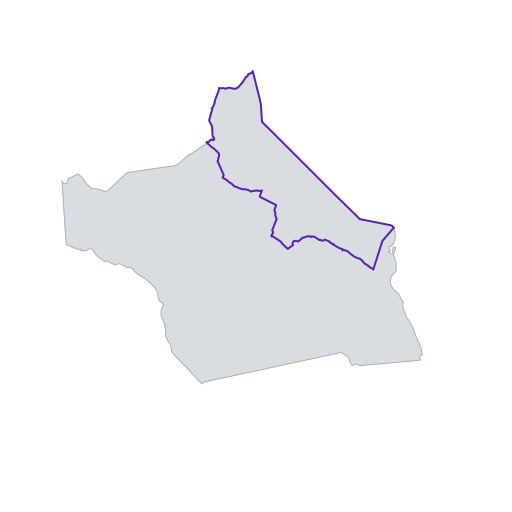 North-Eastern on a map of Kenya (Natural Earth projection), rotated 315°
{"feature_id": "KEN-893", "entity_name": "North-Eastern", "entity_type": "Province", "adm_level": 1, "iso_a3": "KEN", "parent_name": "Kenya", "parent_adm1": "", "projection": "natural_earth1", "projection_center": [39.831, 1.103], "detail": "fine", "context": "in_parent", "style": "outline", "palette": "violet", "viewbox_px": 512, "rotation_deg": 315, "n_neighbors": 0, "source": "natural_earth", "source_scale": "10m", "svg_char_len": 7768}
<svg xmlns="http://www.w3.org/2000/svg" viewBox="0 0 512 512"><g transform="rotate(315 256 256)"><path d="M127.4,308.3L127.3,301.9L128.1,285.8L128.0,271.6L128.7,264.4L131.7,259.9L133.1,256.7L134.1,252.1L135.7,248.4L139.3,245.3L140.0,243.7L143.8,238.6L146.1,232.1L147.8,229.8L150.0,227.8L151.5,226.7L154.0,225.6L155.9,225.0L156.3,224.5L156.5,223.5L155.8,219.4L156.7,218.1L158.0,215.4L159.5,212.9L160.9,211.3L161.7,209.6L162.0,206.8L162.1,204.8L162.1,201.5L161.7,194.0L160.0,187.8L159.1,180.8L159.8,178.4L158.5,174.3L157.9,174.1L156.8,173.2L155.5,169.4L154.5,165.8L153.9,164.9L149.6,161.8L147.5,154.6L145.1,152.9L143.8,145.7L143.5,143.7L144.9,136.4L144.8,134.8L143.3,133.3L139.3,131.7L136.0,128.7L136.4,127.7L136.7,126.6L134.9,125.9L129.9,113.5L136.4,106.1L143.0,98.6L151.4,89.1L159.0,80.4L165.7,72.8L171.6,66.1L171.5,67.4L171.5,69.1L172.2,70.1L173.5,70.8L175.2,70.1L176.6,69.0L178.1,68.8L187.0,71.6L188.5,74.1L188.4,76.7L188.7,78.6L188.1,80.5L187.3,86.3L187.5,91.6L190.2,95.5L192.6,98.6L194.4,103.0L195.8,104.3L197.8,105.0L203.9,105.2L212.9,105.4L221.7,105.7L222.4,105.8L224.3,106.4L232.3,112.3L239.6,117.6L245.9,122.3L251.9,126.8L257.8,131.2L262.3,134.8L266.8,136.0L274.1,136.5L279.1,136.7L283.8,138.2L290.7,139.6L295.9,140.4L299.0,141.2L307.7,142.0L309.1,141.5L312.9,137.5L317.2,130.9L318.9,127.3L324.4,123.7L334.1,118.7L341.0,115.1L348.6,111.6L352.1,114.6L356.8,119.6L359.0,122.0L360.7,123.1L363.3,123.9L366.4,123.9L368.2,123.8L371.7,123.1L379.9,122.5L384.6,122.6L380.7,129.1L375.9,137.0L367.2,151.5L360.5,159.2L355.5,164.9L355.0,166.0L355.1,172.4L355.1,188.1L355.2,219.5L355.3,251.0L355.4,282.4L355.5,298.1L355.5,303.4L359.9,310.0L364.2,316.4L370.0,325.0L373.0,329.6L373.5,331.1L373.4,334.1L368.7,340.5L364.8,343.5L359.6,344.8L358.1,344.6L356.0,343.7L355.2,345.2L354.6,347.6L353.5,347.1L352.6,346.4L353.2,350.6L353.7,352.7L352.9,355.6L350.4,358.0L350.2,360.1L344.7,365.6L337.0,366.2L332.9,368.9L331.1,371.2L329.7,376.0L330.2,383.5L328.1,389.3L327.7,392.1L323.7,395.9L321.9,399.3L320.6,402.8L319.5,404.3L318.1,412.1L316.3,416.9L315.8,418.4L315.3,419.8L313.9,422.6L312.9,424.5L312.3,425.8L307.6,437.9L303.9,443.4L301.0,442.8L299.1,444.9L298.9,445.9L297.9,445.4L295.5,443.4L290.5,439.2L285.6,435.1L280.6,431.0L275.7,426.9L270.7,422.7L265.8,418.6L260.8,414.5L255.9,410.4L253.0,407.9L251.7,406.5L250.7,403.7L250.2,403.0L248.9,402.1L247.3,401.9L246.9,401.3L246.9,400.0L247.4,398.0L249.3,394.2L249.5,392.0L249.1,389.5L248.5,385.4L248.0,384.5L244.8,382.4L237.9,377.9L231.0,373.5L224.1,369.1L217.3,364.6L210.4,360.2L203.5,355.7L196.7,351.3L189.8,346.9L182.9,342.4L176.0,338.0L169.2,333.6L162.3,329.1L155.4,324.7L148.5,320.2L141.7,315.8L134.8,311.4L132.2,309.7L129.9,308.3L127.4,308.3ZM356.0,351.4L354.8,351.7L355.4,349.6L359.0,346.9L360.4,347.5L360.7,348.1L360.6,348.7L360.0,349.2L356.0,351.4Z" fill="#d9dde1" stroke="#a8b0b8" stroke-width="1"/><path d="M348.6,111.1L349.3,112.2L351.2,113.7L352.0,114.8L352.5,115.9L352.9,116.3L353.5,116.6L355.0,117.3L355.5,117.6L356.4,118.5L358.4,121.9L359.9,123.2L361.4,123.9L363.1,124.1L366.4,123.9L370.0,123.7L371.6,123.1L372.5,123.1L375.1,122.3L375.6,122.4L376.4,122.8L376.9,122.9L377.3,122.8L378.7,121.9L380.2,122.4L381.7,123.3L383.1,123.6L384.7,122.6L382.0,127.1L379.3,131.5L376.6,136.0L373.9,140.5L372.2,143.3L370.6,146.0L368.9,148.8L367.2,151.5L364.6,154.6L361.9,157.6L359.3,160.6L356.6,163.7L355.5,164.9L355.1,166.0L355.1,168.0L355.1,172.8L355.2,177.8L355.2,180.6L355.2,184.5L355.2,188.5L355.2,192.5L355.2,196.4L355.2,201.1L355.2,205.8L355.2,210.4L355.2,215.1L355.2,219.7L355.2,224.4L355.2,225.0L355.2,229.1L355.2,233.7L355.2,238.4L355.2,243.1L355.2,247.7L355.2,252.4L355.2,257.0L355.2,261.7L355.2,266.4L355.2,271.0L355.2,274.1L355.2,276.6L355.3,279.1L355.3,283.2L355.4,287.2L355.4,291.3L355.5,295.3L355.5,297.9L355.5,300.6L355.5,303.4L356.4,304.6L357.2,305.9L358.0,307.1L358.8,308.3L360.4,310.7L362.1,313.2L363.8,315.8L365.3,318.0L366.9,320.4L368.6,322.9L370.2,325.3L371.8,327.7L373.0,329.6L373.4,330.4L373.5,331.1L373.5,333.4L356.3,334.7L356.1,334.7L331.1,347.6L329.4,348.4L329.2,347.7L329.4,347.1L329.2,346.6L328.8,345.4L328.4,343.4L328.1,342.9L328.2,342.7L328.5,342.5L328.6,342.4L328.4,341.8L328.1,340.1L328.0,339.8L327.6,339.4L327.5,339.0L327.5,338.7L327.6,338.3L327.7,338.0L327.5,336.4L327.5,335.7L327.8,335.3L327.9,335.0L327.9,334.9L327.7,333.9L327.6,331.6L327.4,331.0L326.9,330.5L326.7,330.1L325.3,326.8L325.1,326.5L325.0,326.1L324.8,323.7L324.5,322.4L324.3,321.0L324.1,317.8L323.8,316.4L323.0,315.4L322.9,314.6L322.5,313.8L322.0,313.3L321.3,313.2L321.5,312.6L321.7,312.2L321.9,312.0L321.5,311.4L320.3,308.8L320.1,307.7L319.9,307.1L319.5,306.3L319.5,305.5L319.5,305.3L319.0,303.6L318.9,303.3L319.0,303.0L319.0,302.8L319.1,302.2L318.9,302.2L318.6,302.3L318.5,301.9L318.4,300.7L318.0,299.5L317.9,298.9L318.2,298.4L317.9,298.0L317.9,297.4L317.9,296.9L317.9,296.6L316.9,295.0L316.8,294.3L316.7,293.8L316.4,293.4L316.0,293.0L315.5,292.8L314.6,292.7L314.2,292.5L314.1,292.3L313.3,291.2L313.1,291.1L313.1,290.6L313.0,290.1L312.7,289.8L312.3,289.7L312.1,289.2L310.9,283.8L310.5,282.9L309.9,282.6L309.8,282.4L309.5,281.7L309.4,281.5L309.1,281.4L308.6,281.5L308.2,281.3L307.9,280.3L307.7,279.9L307.2,279.6L307.0,279.0L306.5,278.6L306.0,278.2L305.6,278.0L304.4,277.7L304.2,277.4L304.0,277.2L303.7,277.0L302.8,276.8L302.4,276.6L302.1,276.2L301.6,275.9L300.9,275.9L300.3,276.0L299.7,276.1L299.1,275.8L296.3,275.7L294.6,273.2L294.2,272.9L294.0,272.6L293.8,272.4L293.6,272.3L292.6,272.3L291.5,272.5L291.0,272.7L290.7,273.0L290.4,273.4L290.2,273.9L290.0,274.2L289.6,274.4L283.5,273.4L283.2,265.6L283.3,265.4L283.5,264.8L283.6,264.6L283.7,264.3L283.6,262.9L281.8,254.2L281.7,254.0L281.1,253.5L281.0,253.4L280.9,253.2L281.1,252.7L281.3,252.5L281.9,252.2L282.0,252.1L284.2,251.8L284.3,251.7L284.5,251.6L284.7,251.4L285.2,250.6L285.6,249.6L285.6,249.4L285.9,249.2L286.1,249.1L296.8,244.4L297.0,244.2L297.1,243.5L297.2,243.2L297.6,242.4L298.5,240.9L298.9,240.3L299.6,239.7L300.0,239.3L300.4,238.7L301.4,236.6L301.5,236.5L301.6,236.4L305.5,234.7L305.8,234.5L306.1,234.2L306.1,233.9L306.1,233.7L300.7,217.2L300.7,216.7L300.9,216.5L301.2,216.3L306.3,213.9L306.2,213.8L306.1,213.7L305.6,213.3L305.4,213.2L305.1,212.9L304.6,212.6L304.4,212.4L303.6,211.5L303.5,211.1L303.4,211.0L303.3,210.8L303.2,210.5L302.9,210.2L302.7,210.0L300.7,208.7L300.1,208.0L299.9,207.9L299.5,207.6L298.7,207.3L298.5,207.2L298.4,207.1L297.9,206.6L297.9,206.4L297.7,206.1L297.4,204.4L297.1,203.7L296.9,203.4L296.6,203.0L296.5,202.9L296.4,202.7L296.1,202.0L295.8,201.4L295.7,201.2L295.2,200.7L294.1,199.9L293.9,199.6L292.6,197.3L291.6,195.1L291.2,193.5L291.0,193.2L290.8,192.9L290.7,192.8L290.5,192.7L290.3,192.0L290.2,191.8L290.1,191.7L289.9,191.4L289.8,191.0L289.9,190.5L290.0,189.2L289.9,188.3L289.9,188.1L289.7,186.8L289.6,186.6L289.5,186.2L289.1,183.9L289.0,181.9L288.6,179.6L288.1,178.5L287.9,177.9L287.9,177.7L287.9,177.4L287.9,177.2L288.0,176.9L288.4,176.7L290.1,176.1L290.8,174.9L294.8,164.6L295.0,164.4L295.2,164.2L295.2,163.5L295.2,163.0L295.3,162.7L295.4,162.4L295.6,162.1L295.8,161.9L296.0,161.8L296.2,161.6L297.1,161.4L297.4,161.2L297.6,161.1L298.2,160.4L298.4,160.2L298.7,160.0L300.3,159.4L300.6,159.2L300.8,159.0L301.2,158.4L301.3,158.2L302.0,157.6L302.2,157.1L302.3,156.5L302.3,151.6L302.1,149.5L301.7,148.2L301.3,141.3L301.3,140.7L301.5,140.6L301.9,140.6L302.1,141.0L301.8,141.7L305.8,141.8L306.8,142.2L307.1,142.6L307.2,143.1L307.5,143.6L308.0,144.0L309.0,143.9L309.6,143.0L310.3,140.5L311.1,139.3L313.2,137.1L315.7,134.4L316.4,133.5L316.9,132.3L317.8,129.6L318.4,127.6L319.1,126.7L321.8,125.2L324.6,123.6L327.7,121.9L329.2,121.0L329.3,120.8L329.3,120.6L329.3,120.4L329.6,120.5L329.8,120.6L333.2,119.2L335.7,118.2L335.9,118.0L336.1,117.4L336.3,117.2L340.4,115.4L343.8,113.9L346.5,112.7L348.6,111.1Z" fill="none" stroke="#5b21b6" stroke-width="2"/></g></svg>